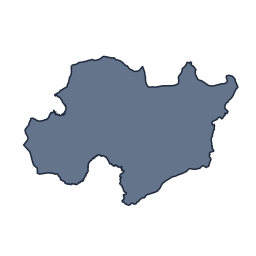 Milengi, Luapula, Zambia (Albers equal-area conic projection), rotated 280°
{"feature_id": "96606910B39507061952782", "entity_name": "Milengi", "entity_type": "district", "adm_level": 2, "iso_a3": "ZMB", "parent_name": "Zambia", "parent_adm1": "Luapula", "projection": "albers", "projection_center": [29.078, -11.938], "detail": "fine", "context": "isolated", "style": "filled", "palette": "slate", "viewbox_px": 256, "rotation_deg": 280, "n_neighbors": 0, "source": "geoboundaries", "source_scale": "gbopen_adm2", "svg_char_len": 5747}
<svg xmlns="http://www.w3.org/2000/svg" viewBox="0 0 256 256"><g transform="rotate(280 128 128)"><path d="M52.7,138.7L52.1,142.2L53.0,143.5L54.8,144.8L54.7,145.7L54.1,146.7L54.5,148.7L55.1,149.2L56.8,149.8L57.3,151.0L59.7,152.3L61.1,153.5L61.8,154.5L61.9,155.6L62.2,156.3L63.0,156.8L64.3,157.1L65.2,157.8L69.7,166.2L71.1,168.0L74.3,169.9L78.1,171.1L79.5,171.7L82.3,174.2L87.7,180.3L88.7,182.8L91.1,186.5L92.3,188.8L95.0,192.6L95.7,193.4L97.2,194.2L98.3,195.2L98.8,196.6L98.7,199.9L99.5,202.7L100.8,205.7L103.7,207.7L103.8,208.4L103.3,210.4L102.7,211.7L103.2,212.0L103.6,213.2L104.5,214.0L105.3,214.3L106.2,214.1L107.3,214.5L109.0,214.5L111.1,215.1L111.9,215.0L113.2,214.1L113.6,213.3L114.3,212.8L115.2,212.8L115.8,213.3L116.3,213.2L117.2,212.5L118.5,213.3L119.9,216.3L120.6,216.3L121.2,216.0L122.1,214.9L122.6,214.5L124.2,214.1L124.4,214.3L125.0,214.1L125.7,213.3L127.6,213.1L131.0,211.8L133.3,212.0L134.7,212.6L136.4,212.2L138.0,212.6L139.8,212.5L141.4,213.3L143.7,212.8L145.1,212.9L146.5,212.2L145.8,211.2L146.1,210.5L147.1,209.9L147.9,209.7L149.3,210.4L151.6,213.7L152.2,214.2L153.1,214.6L154.6,216.1L154.7,216.8L153.5,218.2L153.4,218.6L153.7,219.3L157.2,220.8L157.9,221.6L159.0,220.9L159.3,221.0L159.6,221.6L159.6,223.0L160.2,223.3L161.7,223.5L163.8,220.4L164.5,220.0L165.8,219.6L167.8,219.8L169.8,220.4L170.7,221.8L172.8,222.4L175.0,224.4L177.8,225.7L184.3,227.4L185.5,227.9L186.7,229.0L187.6,229.0L188.4,228.6L189.6,227.4L190.4,227.3L192.7,225.5L194.2,225.2L195.4,224.1L197.2,221.6L197.4,218.2L196.8,216.5L196.3,215.9L195.2,215.9L194.4,216.2L193.6,216.8L191.2,217.6L190.4,217.3L189.4,216.5L188.4,215.3L187.8,212.4L184.2,204.8L183.8,201.7L183.9,199.9L187.2,192.6L187.6,189.4L188.2,188.2L192.6,185.0L195.5,184.4L197.2,184.8L200.3,181.6L201.1,179.3L201.5,179.0L203.3,179.2L203.9,178.3L203.6,177.7L202.6,177.2L203.1,175.2L202.8,174.8L200.4,174.2L198.5,173.3L195.8,171.1L193.4,171.3L191.8,171.0L187.7,169.0L186.8,168.8L182.9,169.9L181.6,170.0L180.6,169.7L179.4,168.6L178.4,167.0L177.4,164.5L175.5,154.7L172.9,147.7L172.8,145.0L171.8,141.6L171.9,141.1L173.4,139.3L175.7,137.8L178.7,136.7L180.8,136.5L184.4,135.0L185.5,134.9L190.8,131.9L190.7,131.4L190.1,131.0L187.3,129.6L186.0,128.3L184.8,124.8L185.3,123.0L185.9,121.7L186.1,120.0L186.8,118.7L188.4,117.2L189.0,116.4L189.1,115.2L189.8,113.7L191.7,111.2L192.8,108.6L193.2,106.1L193.1,104.9L193.4,103.9L194.6,102.4L194.6,101.5L194.2,100.1L194.4,92.5L194.1,91.1L190.9,88.2L190.1,86.7L188.6,83.3L189.2,81.4L189.2,80.5L188.6,79.7L187.5,76.8L186.7,75.8L185.6,72.8L184.9,71.8L184.2,68.7L181.7,65.9L180.6,62.9L180.0,62.1L178.5,61.5L172.8,62.7L170.4,62.6L168.9,62.3L167.5,61.6L163.4,61.6L159.9,60.8L157.9,60.7L155.8,58.0L153.9,56.0L153.4,55.0L151.3,54.0L149.6,51.8L147.8,50.0L147.6,50.1L147.0,51.3L147.7,52.0L147.7,52.4L146.4,54.0L146.5,54.9L146.2,55.7L143.9,57.7L143.5,58.5L142.1,58.9L141.0,60.5L140.1,61.1L140.2,61.5L139.4,62.4L139.0,62.5L138.8,62.3L138.5,62.9L136.5,63.6L134.3,63.4L133.0,62.9L132.2,63.3L131.2,62.9L130.7,63.2L129.9,62.4L130.8,62.4L131.3,61.8L130.3,61.1L130.3,61.3L129.9,61.3L129.7,60.6L129.3,60.6L129.3,60.3L128.6,59.7L128.5,59.3L128.4,58.2L129.2,57.9L128.7,56.8L129.3,56.1L128.9,55.9L128.8,55.1L129.1,54.8L128.7,54.4L129.0,54.2L129.5,54.5L130.2,54.2L130.2,53.7L130.6,53.8L130.4,53.4L131.1,53.2L131.1,52.8L132.1,52.9L131.9,52.8L132.3,52.0L131.6,52.0L130.1,51.3L130.0,50.7L129.9,50.8L129.6,50.5L129.9,50.2L129.7,50.0L129.7,49.4L126.4,48.3L126.0,48.4L125.8,48.2L124.6,48.2L123.6,47.5L123.3,46.9L122.8,46.5L122.4,46.6L122.3,46.2L121.8,45.9L121.7,44.4L120.9,43.9L120.4,43.0L120.4,42.3L119.6,40.6L119.4,39.6L119.4,37.5L119.6,37.4L119.9,36.0L120.6,35.0L120.5,33.9L121.1,33.1L121.1,32.4L120.7,31.0L120.3,30.5L118.8,30.8L118.1,30.3L115.5,29.7L113.5,29.7L112.1,29.0L111.3,28.2L110.5,28.0L108.7,27.0L107.3,27.2L105.2,28.1L101.9,30.8L100.4,31.3L99.0,31.3L93.2,28.2L87.7,35.2L85.7,36.4L77.2,40.3L75.3,41.5L74.8,41.9L72.7,45.6L67.8,46.6L67.2,48.9L70.2,57.6L70.0,58.6L70.4,62.2L69.8,64.0L70.5,66.4L70.0,67.0L68.9,67.6L67.3,70.0L65.3,70.5L65.3,71.2L64.6,72.8L64.7,73.7L64.2,74.5L63.8,74.7L63.7,75.1L63.0,75.4L62.5,76.3L62.3,77.8L62.6,78.3L62.3,78.6L62.5,79.2L62.3,79.7L62.6,80.1L62.3,81.3L62.5,81.4L62.5,81.8L63.0,82.0L63.1,82.5L63.4,82.6L63.3,83.6L63.6,85.7L63.2,86.3L63.6,87.6L65.7,89.3L65.6,89.8L65.9,90.2L67.0,90.5L67.3,91.9L68.0,92.3L68.2,92.8L68.5,92.6L68.5,92.9L68.8,92.7L68.9,93.0L69.4,93.3L70.2,93.2L71.7,93.9L73.3,94.2L73.7,94.9L75.4,94.7L76.3,95.6L77.6,95.5L77.8,96.0L78.5,96.2L81.3,95.6L82.2,95.7L82.6,95.2L83.8,95.6L84.2,95.1L84.9,95.1L87.3,95.6L87.4,95.9L88.3,96.1L88.5,96.4L89.7,96.9L89.8,97.6L90.8,97.7L91.7,98.6L91.8,99.2L92.4,99.0L92.4,99.5L92.8,99.8L92.5,100.0L92.7,100.3L93.3,100.3L94.0,100.9L94.2,100.6L94.4,100.7L94.7,101.1L94.6,101.6L95.4,101.9L95.5,102.7L96.0,102.7L96.0,103.1L96.4,103.4L96.7,104.6L96.4,105.2L95.9,105.5L96.1,106.5L96.0,106.9L95.7,106.9L96.5,108.5L95.8,109.9L95.6,110.9L95.8,111.2L95.0,111.7L94.2,113.2L93.3,113.3L92.8,114.1L89.6,116.2L89.6,116.9L89.9,116.9L89.9,117.7L89.0,118.5L88.8,119.3L88.4,119.7L88.5,120.1L88.0,120.6L88.5,121.0L88.4,121.7L88.9,121.7L89.5,122.2L89.5,122.5L88.8,123.4L88.7,123.9L88.2,124.2L87.9,124.9L88.1,125.0L87.9,125.2L88.2,126.9L87.8,127.1L87.7,127.7L88.4,128.0L88.2,128.3L88.5,128.6L88.0,128.7L87.3,128.4L87.2,129.0L86.1,129.0L85.9,129.4L85.3,129.1L84.9,130.3L85.0,131.4L83.3,131.1L81.7,129.2L81.2,128.9L80.7,128.4L78.7,128.4L78.5,128.6L78.6,129.4L78.0,130.0L76.4,129.0L74.2,130.0L71.9,129.5L71.6,130.0L70.9,130.3L70.5,131.6L69.2,132.5L68.5,132.7L68.0,133.8L66.9,133.9L65.2,134.8L64.2,136.3L64.1,137.4L62.5,137.5L61.8,135.5L61.3,135.2L61.1,135.1L60.9,135.7L60.6,135.9L59.4,135.7L57.8,136.4L56.5,136.0L55.7,134.9L55.2,134.8L55.0,135.3L54.2,135.5L54.4,136.5L52.7,138.7Z" fill="#64748b" stroke="#1e293b" stroke-width="1.5"/></g></svg>